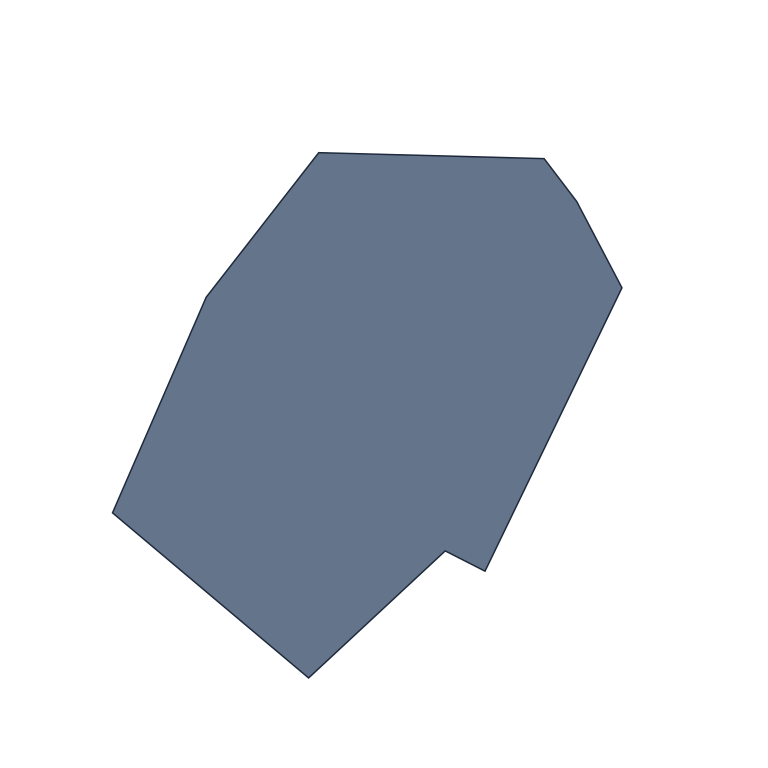 the district of Fairfax, Virginia, United States of America, rotated 129°
{"feature_id": "52423323B75618764282830", "entity_name": "Fairfax", "entity_type": "district", "adm_level": 2, "iso_a3": "USA", "parent_name": "United States of America", "parent_adm1": "Virginia", "projection": "natural_earth1", "projection_center": [-77.307, 38.853], "detail": "fine", "context": "isolated", "style": "filled", "palette": "slate", "viewbox_px": 768, "rotation_deg": 129, "n_neighbors": 0, "source": "geoboundaries", "source_scale": "gbopen_adm2", "svg_char_len": 291}
<svg xmlns="http://www.w3.org/2000/svg" viewBox="0 0 768 768"><g transform="rotate(129 384 384)"><path d="M120.9,349.1L108.1,401.4L245.3,580.3L428.4,576.8L655.0,513.9L659.9,257.6L475.2,231.4L465.9,187.7L159.5,259.6L120.9,349.1Z" fill="#64748b" stroke="#1e293b" stroke-width="1.5"/></g></svg>